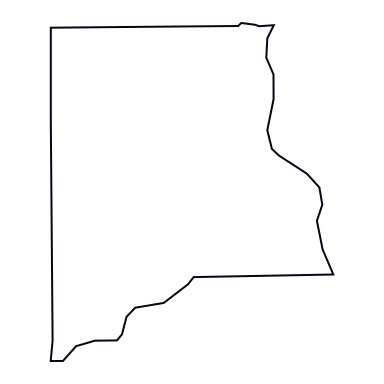 the district of Clay, Florida, United States of America
{"feature_id": "52423323B4514438281509", "entity_name": "Clay", "entity_type": "district", "adm_level": 2, "iso_a3": "USA", "parent_name": "United States of America", "parent_adm1": "Florida", "projection": "robinson", "projection_center": [-81.803, 29.956], "detail": "fine", "context": "isolated", "style": "outline", "palette": "ink", "viewbox_px": 384, "rotation_deg": 0, "n_neighbors": 0, "source": "geoboundaries", "source_scale": "gbopen_adm2", "svg_char_len": 537}
<svg xmlns="http://www.w3.org/2000/svg" viewBox="0 0 384 384"><path d="M50.8,58.9L50.8,120.9L52.6,340.7L50.7,361.0L62.9,361.0L76.2,346.1L94.8,340.7L117.0,340.4L122.0,334.3L126.6,316.7L135.2,307.7L163.8,302.9L188.0,284.3L193.7,277.1L333.3,274.5L332.0,271.4L322.6,249.4L316.9,220.7L322.3,204.8L319.4,187.5L307.0,173.8L279.0,155.6L271.9,148.9L267.3,130.2L273.6,99.1L273.5,74.4L266.3,57.7L267.3,38.4L273.8,25.2L259.4,26.2L254.7,24.7L241.3,23.0L238.1,26.0L178.5,26.5L50.8,27.7L50.8,58.9Z" fill="none" stroke="#020617" stroke-width="2"/></svg>